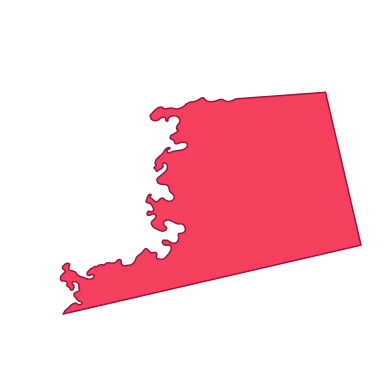 La Pedrera, Amazonas, Colombia, rotated 257°
{"feature_id": "7082276B17674180496874", "entity_name": "La Pedrera", "entity_type": "district", "adm_level": 2, "iso_a3": "COL", "parent_name": "Colombia", "parent_adm1": "Amazonas", "projection": "natural_earth1", "projection_center": [-69.992, -1.195], "detail": "fine", "context": "isolated", "style": "filled", "palette": "rose", "viewbox_px": 384, "rotation_deg": 257, "n_neighbors": 0, "source": "geoboundaries", "source_scale": "gbopen_adm2", "svg_char_len": 6039}
<svg xmlns="http://www.w3.org/2000/svg" viewBox="0 0 384 384"><g transform="rotate(257 192 192)"><path d="M259.1,344.5L272.7,257.0L272.8,254.8L272.3,253.5L271.9,251.3L271.9,247.5L272.8,245.5L275.0,242.9L275.3,242.3L275.8,240.7L275.8,239.1L275.4,236.5L275.3,232.9L275.5,231.6L276.2,229.2L277.3,226.9L278.3,226.0L280.6,224.8L281.3,224.3L281.5,223.3L281.4,222.0L280.7,220.2L279.8,217.1L279.6,214.4L280.0,210.6L279.7,208.3L278.8,205.9L277.5,203.7L276.9,202.2L276.3,199.6L276.2,198.1L276.2,196.4L276.5,195.3L276.9,194.0L278.0,192.0L278.6,190.2L278.9,185.2L279.1,184.1L279.8,182.9L281.1,182.3L281.7,181.0L281.9,178.2L281.0,176.0L279.9,174.1L277.8,170.8L276.9,169.6L275.7,168.7L275.7,168.3L272.6,168.6L271.9,168.9L270.9,169.9L269.7,172.1L269.6,173.5L269.6,174.3L270.0,176.1L270.6,176.9L271.4,179.1L271.4,180.5L271.2,181.3L270.9,182.0L270.0,182.7L269.5,182.9L267.5,182.6L266.8,183.2L266.6,183.7L266.6,184.3L266.8,184.5L268.8,185.2L269.7,186.1L270.3,187.5L270.4,188.2L270.5,190.9L270.0,192.9L269.6,193.7L268.3,195.1L267.2,195.9L266.4,196.1L264.8,196.3L263.4,196.1L262.1,195.0L260.0,192.6L259.1,191.8L258.4,191.4L257.2,191.2L256.7,191.3L256.4,192.2L255.8,191.7L255.4,191.6L254.8,192.0L254.2,191.7L253.5,190.1L253.3,189.5L253.3,188.6L252.9,188.0L252.3,186.3L252.1,184.5L251.1,183.5L249.7,182.7L248.7,183.2L247.2,185.0L246.1,185.9L244.9,186.3L243.4,186.3L242.8,186.9L242.5,187.4L242.4,188.1L242.8,192.3L242.6,194.3L242.3,195.6L241.5,197.0L240.4,198.0L239.1,198.2L238.0,197.9L237.3,197.4L236.4,196.3L235.7,194.7L235.4,193.2L235.2,191.0L235.8,183.8L235.6,180.8L235.3,178.8L235.3,178.1L235.5,177.4L235.9,177.1L237.2,176.9L237.9,177.3L238.4,177.2L238.7,177.6L239.0,179.4L239.6,180.4L239.9,180.4L240.4,179.9L240.6,179.3L240.4,177.3L240.1,176.5L238.9,174.9L237.1,173.2L235.3,170.9L234.4,169.1L232.7,166.0L231.4,164.2L230.2,163.4L228.1,162.4L227.0,162.7L226.4,163.3L226.0,163.2L225.5,162.7L224.8,161.0L224.1,160.4L223.8,160.4L223.3,161.0L222.5,161.4L220.3,162.2L220.0,162.9L220.7,163.7L221.6,167.2L222.7,169.0L223.6,169.7L224.8,169.6L225.6,169.7L226.2,170.2L226.5,170.7L226.5,172.0L225.6,173.2L224.6,173.7L222.8,173.9L221.3,173.5L220.4,173.1L219.4,172.5L218.4,171.5L217.0,169.1L213.8,162.7L213.0,161.3L212.3,160.7L211.6,160.5L209.3,160.6L208.7,160.9L207.8,161.6L207.1,162.5L206.0,165.0L205.5,167.1L204.9,168.5L204.5,169.1L203.4,170.0L201.2,170.5L198.1,170.4L196.7,171.0L195.3,172.2L193.3,173.4L191.9,173.6L190.5,173.4L189.4,172.7L188.6,171.7L188.0,170.3L187.8,169.0L188.2,167.5L188.6,166.4L189.4,165.1L191.1,163.3L192.3,162.7L192.8,161.8L192.8,160.4L192.6,159.6L191.2,157.6L190.6,156.4L190.5,155.4L190.7,154.4L191.2,153.7L193.8,151.9L196.0,150.1L196.4,150.0L196.9,150.1L197.8,151.2L198.4,151.5L198.7,151.3L199.1,150.8L199.2,149.9L198.3,148.4L197.4,147.7L194.1,145.5L192.8,145.1L192.2,145.4L191.6,146.1L191.1,147.1L190.7,148.4L190.0,149.1L187.4,150.1L185.3,150.7L183.4,150.7L182.8,150.4L182.3,149.8L182.0,149.3L181.9,148.6L182.0,147.8L183.0,146.0L183.1,145.4L183.1,145.0L182.5,144.3L181.8,143.6L180.5,143.3L179.5,143.6L179.1,144.2L178.9,145.8L179.5,149.5L179.0,150.6L178.2,151.2L176.6,151.6L176.1,151.5L175.5,151.0L174.5,150.0L173.6,148.2L172.3,146.2L171.3,145.5L170.3,145.2L168.4,145.6L166.5,146.5L165.5,147.3L163.2,150.0L161.0,153.2L160.4,154.6L160.4,155.9L160.7,157.3L161.1,158.0L161.9,159.0L163.0,159.2L164.2,158.6L165.2,157.6L165.8,157.3L167.2,157.1L168.8,157.5L169.6,158.2L170.0,159.0L170.3,161.1L170.3,162.4L168.9,164.8L164.6,170.0L164.0,171.5L163.4,174.3L162.9,175.3L162.3,176.1L160.7,177.0L158.7,177.3L157.0,177.1L155.7,176.5L154.8,175.5L154.2,174.2L154.2,171.5L154.5,170.2L154.2,169.3L153.3,168.9L151.3,168.9L150.1,168.6L147.8,167.5L146.8,166.4L146.0,164.6L146.1,162.5L146.6,161.3L147.8,159.7L150.5,157.2L150.7,156.1L151.3,154.4L151.4,153.5L151.3,153.0L151.0,152.4L149.8,151.8L148.7,151.8L147.3,152.4L146.5,153.4L146.2,154.1L145.9,155.0L145.6,157.5L145.3,158.0L144.3,159.0L143.2,159.3L141.9,159.1L141.1,158.9L139.5,157.9L136.8,155.2L133.8,150.9L133.3,149.5L133.1,148.5L133.2,147.4L133.7,145.8L134.9,143.2L135.8,142.7L136.4,142.6L137.6,143.0L139.1,143.8L139.9,143.8L140.7,143.5L141.4,142.5L141.6,141.6L141.9,139.0L142.2,138.3L143.7,137.1L146.4,135.6L147.0,134.6L147.1,133.7L147.0,133.1L146.6,132.5L144.8,130.6L143.3,128.0L142.1,125.1L140.9,123.4L140.3,122.8L137.7,121.1L135.9,119.1L135.4,118.0L134.7,115.8L134.7,114.8L135.0,113.3L135.1,110.8L135.2,109.9L135.8,108.5L136.5,107.7L137.8,107.1L138.7,107.1L140.3,107.5L141.4,107.4L142.3,106.8L142.6,106.0L142.6,105.2L142.5,104.5L141.9,103.6L140.9,102.4L140.4,100.7L140.4,99.7L140.6,98.1L141.7,95.0L142.0,93.2L141.7,92.1L140.6,89.7L141.3,88.4L141.5,87.1L141.6,84.6L140.8,83.2L140.7,82.7L141.4,80.2L140.4,78.8L140.3,77.8L139.8,75.7L138.1,73.3L137.5,72.2L137.1,71.8L136.6,71.5L135.1,71.4L134.6,71.6L134.2,72.0L133.9,72.7L133.8,73.3L134.1,75.4L134.0,76.5L133.6,77.3L132.6,77.8L131.6,77.4L130.6,76.6L130.3,76.0L130.0,74.2L130.1,72.3L131.0,70.2L133.5,66.4L135.2,63.5L136.8,62.0L138.0,61.3L139.4,60.8L140.4,60.1L141.6,58.7L142.7,56.1L143.2,55.2L143.9,54.6L145.4,54.8L147.0,55.4L148.2,56.0L148.7,56.5L149.1,56.6L150.0,56.0L150.4,55.3L150.7,53.7L150.4,52.6L148.7,49.5L147.3,48.7L146.8,48.7L146.1,49.0L143.9,50.6L143.4,50.6L142.6,50.3L141.9,49.2L141.6,48.2L141.1,47.5L139.4,45.3L138.5,44.7L137.8,44.5L136.7,44.3L136.1,44.4L135.1,44.7L134.7,45.1L134.5,45.6L134.0,47.5L133.8,48.2L133.2,49.2L132.6,49.8L131.0,50.1L129.4,49.0L128.7,49.1L127.8,49.8L126.7,51.0L125.6,51.4L124.3,51.5L123.6,52.1L123.4,53.3L123.6,54.0L124.4,54.8L125.9,55.6L127.2,55.8L127.9,55.7L128.6,55.4L129.6,54.6L129.9,54.5L130.4,54.7L130.8,55.1L131.1,55.9L131.1,56.6L131.1,57.2L130.6,58.9L130.3,59.3L128.6,60.7L127.5,60.9L123.7,60.2L123.0,60.2L122.2,60.5L121.5,60.4L121.2,60.0L120.7,58.9L120.6,57.1L119.9,54.8L119.0,54.0L118.0,53.8L116.9,53.9L111.9,56.6L111.0,57.6L109.6,59.7L109.2,60.0L108.6,60.0L108.1,59.6L107.6,58.9L107.4,58.2L107.4,57.2L107.6,56.4L108.0,55.7L109.7,54.1L109.9,53.7L110.1,52.9L109.9,51.2L108.6,47.8L106.6,45.0L105.2,42.0L104.4,41.1L102.1,39.3L102.2,344.7L259.1,344.5Z" fill="#f43f5e" stroke="#9f1239" stroke-width="1.5"/></g></svg>